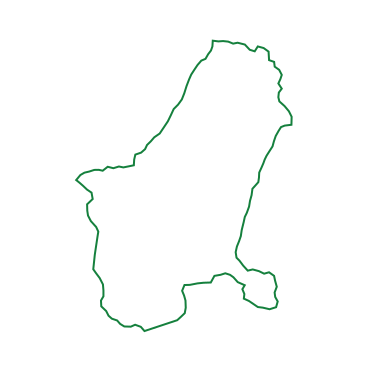 outline of Varre-Sai, Rio de Janeiro, Brazil, rotated 341°
{"feature_id": "56859067B95050923998362", "entity_name": "Varre-Sai", "entity_type": "district", "adm_level": 2, "iso_a3": "BRA", "parent_name": "Brazil", "parent_adm1": "Rio de Janeiro", "projection": "albers", "projection_center": [-41.823, -20.893], "detail": "fine", "context": "isolated", "style": "outline", "palette": "green", "viewbox_px": 384, "rotation_deg": 341, "n_neighbors": 0, "source": "geoboundaries", "source_scale": "gbopen_adm2", "svg_char_len": 2099}
<svg xmlns="http://www.w3.org/2000/svg" viewBox="0 0 384 384"><g transform="rotate(341 192 192)"><path d="M260.9,55.7L258.7,61.0L256.0,64.4L252.1,67.0L248.1,70.5L243.6,70.8L238.6,73.7L234.1,77.1L229.5,80.7L225.9,84.6L221.3,90.1L216.8,96.2L212.5,101.2L207.2,104.9L201.7,107.6L197.0,112.5L192.2,117.3L186.3,121.8L180.5,126.2L174.1,128.0L169.5,130.7L164.8,132.9L161.6,136.2L156.7,138.2L150.6,138.2L147.9,142.5L145.7,147.8L140.3,147.1L135.1,146.4L131.2,144.1L125.4,143.9L120.5,140.7L114.5,142.8L111.1,140.7L106.8,139.3L101.5,139.2L96.6,138.7L92.0,139.6L86.4,143.0L88.6,146.5L90.9,150.5L93.5,155.5L96.8,159.9L95.8,166.3L88.8,169.5L86.9,175.6L86.0,180.4L86.9,186.6L90.0,193.9L90.5,199.0L88.4,202.9L79.7,219.6L73.5,232.9L74.8,237.4L76.7,243.3L77.7,250.4L76.2,256.3L74.3,261.8L70.6,265.0L69.0,270.6L72.1,276.6L72.8,281.8L75.0,285.7L79.4,289.1L81.1,293.3L84.2,297.1L90.3,299.4L95.0,299.0L99.7,302.8L101.8,308.0L136.3,308.4L140.7,306.5L145.7,304.2L148.4,299.4L150.5,292.5L150.8,287.3L150.5,282.2L154.6,277.5L159.7,279.1L167.5,280.2L173.5,281.6L180.3,283.7L185.9,278.6L192.1,279.6L197.0,279.7L201.0,282.7L203.4,286.1L205.9,292.1L211.5,297.3L208.0,300.3L208.3,305.5L206.3,309.7L210.3,313.5L213.6,317.9L216.8,322.2L221.3,324.4L227.2,328.1L234.0,328.3L237.4,323.4L236.5,318.3L237.4,313.9L241.3,309.2L241.7,302.8L242.3,298.0L238.7,293.0L233.6,292.7L229.5,288.6L224.2,285.0L219.1,284.5L216.4,278.2L214.5,272.3L212.7,268.6L213.7,263.1L216.7,258.2L220.6,253.7L223.8,249.6L226.6,244.2L231.0,237.4L233.8,232.8L237.0,229.6L241.2,224.4L244.0,219.2L247.3,214.4L250.2,208.6L254.2,206.4L257.9,204.3L260.0,200.2L261.9,195.5L265.8,191.4L268.8,188.1L271.3,185.0L274.3,182.0L278.3,178.8L283.0,175.1L285.9,170.8L289.4,166.3L293.9,162.3L297.3,159.6L301.3,159.4L307.9,160.8L310.7,153.3L309.9,147.2L307.5,140.9L304.1,134.8L304.5,130.5L306.5,126.2L310.5,123.5L309.0,117.5L312.4,113.9L315.0,110.5L314.2,104.9L311.0,100.4L312.0,95.7L307.8,92.4L310.1,84.2L306.6,79.2L301.6,75.8L297.1,79.4L292.9,76.3L290.0,69.8L283.7,65.7L279.2,65.1L275.2,61.6L270.5,59.4L266.0,58.2L260.9,55.7Z" fill="none" stroke="#15803d" stroke-width="2"/></g></svg>